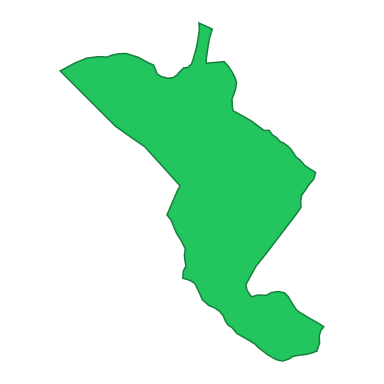 Alhandra, Paraíba, Brazil (Robinson projection)
{"feature_id": "56859067B57617838189099", "entity_name": "Alhandra", "entity_type": "district", "adm_level": 2, "iso_a3": "BRA", "parent_name": "Brazil", "parent_adm1": "Paraíba", "projection": "robinson", "projection_center": [-34.923, -7.354], "detail": "fine", "context": "isolated", "style": "filled", "palette": "green", "viewbox_px": 384, "rotation_deg": 0, "n_neighbors": 0, "source": "geoboundaries", "source_scale": "gbopen_adm2", "svg_char_len": 1783}
<svg xmlns="http://www.w3.org/2000/svg" viewBox="0 0 384 384"><path d="M315.6,172.5L310.6,169.3L305.0,165.8L300.2,160.2L296.2,157.1L291.3,149.8L288.0,146.3L284.1,143.3L279.8,141.3L276.8,137.8L272.4,134.8L269.2,130.3L264.2,130.5L257.6,125.7L251.9,121.3L246.3,118.0L233.0,110.7L232.3,106.0L232.0,99.0L235.3,90.2L236.6,82.4L235.0,77.7L232.6,72.9L228.5,66.4L224.1,61.6L215.9,62.4L211.0,62.7L206.2,63.4L206.4,58.1L208.2,45.4L209.7,37.4L212.3,29.1L198.9,23.0L199.4,29.3L198.7,34.4L197.6,41.3L196.5,47.3L194.7,53.9L193.2,59.1L191.6,63.9L187.8,67.4L183.7,67.9L179.9,71.6L176.7,75.3L173.1,77.7L167.8,78.2L161.4,76.6L157.2,73.9L153.7,65.1L148.2,62.7L138.4,57.4L126.0,53.4L117.7,53.9L112.0,55.1L106.9,57.1L98.5,56.6L92.8,57.4L86.7,58.1L80.9,60.6L74.9,63.0L69.9,65.7L65.0,68.4L60.2,70.9L115.5,126.3L133.6,139.1L144.6,146.6L180.1,185.9L177.7,189.9L167.0,214.9L171.2,220.4L173.1,224.9L174.9,229.7L177.1,234.2L181.0,240.3L183.2,244.7L185.3,248.9L184.4,254.7L184.8,259.8L185.9,266.0L183.3,271.0L182.8,278.3L187.4,279.5L191.4,281.2L195.0,283.6L197.4,288.6L199.6,293.3L202.3,299.6L208.8,305.5L214.6,307.9L219.4,311.1L223.3,315.8L225.4,321.1L228.0,325.1L232.0,327.6L236.7,333.3L241.6,336.2L245.5,338.3L250.5,341.3L255.1,344.2L258.7,347.9L262.7,350.9L267.9,354.9L273.4,358.1L277.7,360.1L282.7,361.0L288.7,359.1L293.0,356.4L298.9,355.2L304.8,354.6L310.5,353.4L316.9,351.1L319.6,342.9L319.3,335.6L320.9,330.3L323.8,326.8L320.2,324.4L316.5,322.1L311.3,319.3L305.9,316.1L301.3,313.3L296.6,310.1L293.6,305.5L290.7,300.9L288.0,296.3L284.5,292.8L278.3,291.5L271.2,292.6L266.4,295.3L258.1,295.0L251.4,296.8L247.0,290.3L245.9,284.6L256.0,266.2L265.5,254.4L297.1,213.1L301.0,207.4L300.6,201.9L301.7,195.1L305.5,189.9L309.5,184.0L313.8,179.1L315.6,172.5Z" fill="#22c55e" stroke="#15803d" stroke-width="1.5"/></svg>